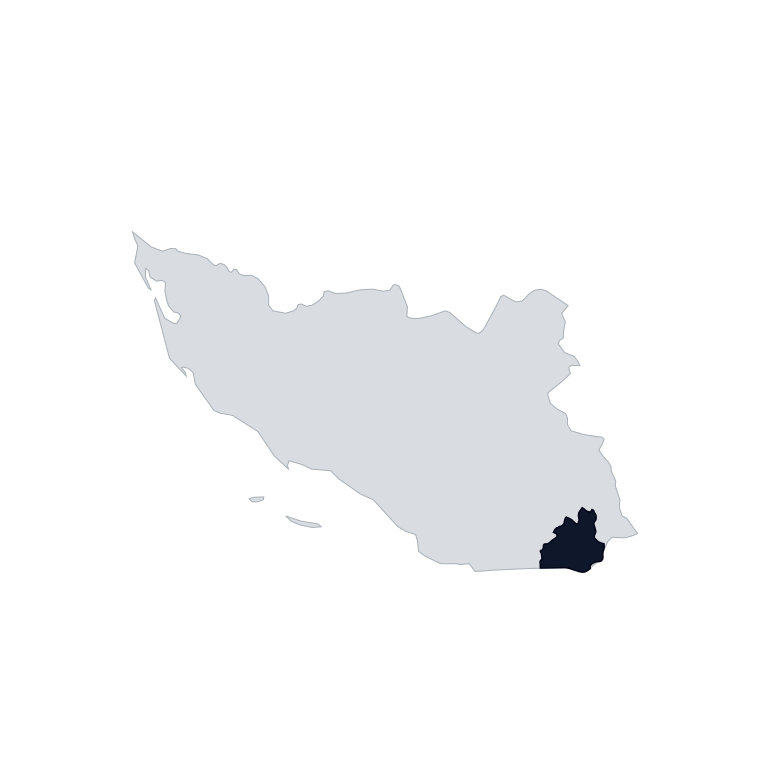 Honduras, with Copán highlighted, rotated 217°
{"feature_id": "HND-651", "entity_name": "Copán", "entity_type": "Department", "adm_level": 1, "iso_a3": "HND", "parent_name": "Honduras", "parent_adm1": "", "projection": "orthographic", "projection_center": [-88.847, 14.9], "detail": "fine", "context": "in_parent", "style": "filled", "palette": "ink", "viewbox_px": 768, "rotation_deg": 217, "n_neighbors": 0, "source": "natural_earth", "source_scale": "10m", "svg_char_len": 4095}
<svg xmlns="http://www.w3.org/2000/svg" viewBox="0 0 768 768"><g transform="rotate(217 384 384)"><path d="M676.5,354.2L652.3,353.4L640.9,356.7L636.1,363.6L631.8,366.7L628.2,366.1L621.0,369.0L610.2,375.2L600.4,377.7L591.5,376.5L589.0,378.0L588.4,380.0L587.1,382.0L583.7,383.1L579.7,382.6L575.3,380.6L573.0,381.5L572.8,385.5L570.4,386.6L565.9,384.8L560.8,386.3L555.3,391.1L547.4,392.3L537.1,389.8L529.1,384.8L523.4,377.4L516.6,375.6L505.0,381.4L500.2,388.1L499.2,392.1L500.4,395.7L498.3,398.1L492.8,399.4L488.7,403.9L486.0,411.7L485.5,417.6L487.3,421.7L484.6,424.9L477.5,426.9L469.1,433.7L459.5,445.1L449.9,453.1L440.3,457.7L435.7,462.7L436.1,468.2L435.5,469.9L433.7,470.6L430.5,471.3L411.7,459.7L406.3,451.6L401.7,452.9L395.8,457.1L387.7,466.5L379.0,479.3L374.7,480.7L352.5,479.1L340.9,480.3L338.5,482.0L337.4,486.6L338.1,492.8L341.5,515.1L343.4,524.2L341.7,527.1L335.7,527.6L328.0,529.0L323.8,533.2L322.8,537.5L322.4,543.6L320.0,549.8L315.3,554.3L310.5,556.0L284.1,557.4L284.5,547.1L276.8,542.9L272.4,534.4L268.6,528.6L269.8,525.1L269.4,521.0L258.6,517.8L248.6,520.4L242.8,518.8L238.5,516.6L245.8,511.5L246.3,508.4L243.9,506.1L241.5,504.7L242.2,498.9L243.7,492.1L247.7,476.2L246.2,473.4L239.4,468.6L230.9,468.2L221.5,469.7L217.0,467.3L213.0,461.9L206.3,459.3L194.4,463.7L181.9,470.3L178.1,472.7L174.9,472.3L173.5,467.4L172.8,461.6L172.0,460.2L165.3,458.1L157.5,456.6L153.5,455.0L149.8,451.1L140.4,445.9L138.3,442.1L125.8,433.4L123.3,429.1L120.4,426.0L114.4,421.9L109.7,422.9L93.9,417.9L91.5,417.4L93.7,413.1L98.7,406.3L109.6,398.8L110.5,392.7L107.7,381.0L104.9,373.5L106.4,370.1L109.8,356.5L112.4,353.3L128.1,346.5L129.6,345.5L141.9,335.9L155.6,325.2L169.9,313.4L185.7,300.2L194.5,292.4L198.5,289.1L207.7,291.8L214.8,285.5L219.0,283.4L228.7,275.9L231.7,274.3L247.9,271.2L255.8,271.2L262.7,278.7L268.2,282.8L278.5,279.2L287.1,278.4L322.7,285.1L336.8,281.9L362.7,281.0L374.4,282.6L390.8,272.4L401.3,270.3L413.7,265.5L412.0,260.7L409.0,258.6L427.9,260.4L456.2,270.1L486.2,267.8L496.9,262.2L503.9,260.5L534.8,270.4L543.1,278.2L549.4,278.8L554.3,276.9L555.5,275.2L549.5,273.6L546.7,271.2L571.0,275.6L617.4,312.3L618.4,315.3L598.7,304.6L588.4,305.7L585.8,307.6L586.5,313.6L587.5,316.5L591.9,316.7L595.1,315.0L603.2,316.8L608.7,320.7L615.3,326.8L619.3,333.4L623.5,333.4L627.5,329.3L635.2,328.6L640.4,333.0L644.0,332.7L638.8,325.8L626.9,319.1L629.7,318.7L656.0,330.6L663.7,346.2L670.0,349.6L676.5,354.2ZM367.8,224.5L352.9,232.3L348.2,232.2L355.0,226.2L366.0,221.0L375.4,218.5L383.1,219.5L367.8,224.5ZM419.1,215.8L412.0,221.5L410.7,219.0L414.1,213.7L418.3,210.6L422.5,210.9L421.5,213.2L419.1,215.8Z" fill="#d9dde1" stroke="#a8b0b8" stroke-width="1"/><path d="M112.0,353.4L112.6,352.9L115.5,351.5L125.1,348.3L128.4,346.7L140.3,337.4L148.4,331.1L148.7,331.5L152.7,336.4L152.7,337.2L152.6,337.8L152.5,339.2L154.2,341.2L156.1,343.2L157.7,344.0L158.5,344.5L158.6,344.9L158.7,345.3L157.6,346.8L158.2,349.2L158.6,349.7L159.4,350.9L159.6,351.5L159.6,352.2L159.4,352.9L157.1,354.9L156.3,356.8L156.1,358.5L155.2,361.9L154.0,365.1L154.2,365.9L154.4,366.4L154.6,367.0L154.9,367.5L155.5,367.9L156.1,368.1L159.4,367.5L159.9,370.6L159.6,373.2L158.3,374.1L158.5,375.2L158.3,375.6L157.6,376.4L157.1,376.9L156.7,377.7L156.4,378.5L156.3,379.8L156.4,381.2L157.0,382.3L158.0,384.5L158.4,386.3L158.5,386.8L158.4,387.4L157.6,387.5L155.0,388.3L151.5,388.5L146.8,387.9L145.4,388.4L145.3,389.9L145.3,390.3L146.3,392.8L149.2,395.5L149.9,396.5L151.0,398.6L151.3,404.5L149.1,404.7L147.2,404.4L146.5,404.4L145.6,404.5L144.7,404.8L143.1,405.4L142.5,405.8L142.1,406.6L142.1,407.8L142.2,408.2L142.4,408.5L142.5,408.8L142.2,409.0L141.3,409.2L140.1,409.0L139.0,408.0L137.7,407.7L136.0,407.0L134.4,405.3L133.1,403.3L133.0,402.6L133.0,400.0L132.4,398.7L126.4,394.1L125.6,392.7L124.9,389.7L123.4,387.7L117.8,386.9L116.5,387.3L113.5,388.2L112.0,388.7L111.6,388.0L110.8,387.3L109.7,385.9L108.0,381.6L107.1,380.1L105.2,377.8L104.4,376.6L103.9,375.2L104.0,373.4L104.7,372.2L107.1,370.2L108.0,368.9L108.7,367.9L109.9,365.1L109.9,362.5L108.1,360.8L109.6,356.3L110.7,354.5L112.0,353.4Z" fill="#0f172a" stroke="#020617" stroke-width="1.5"/></g></svg>